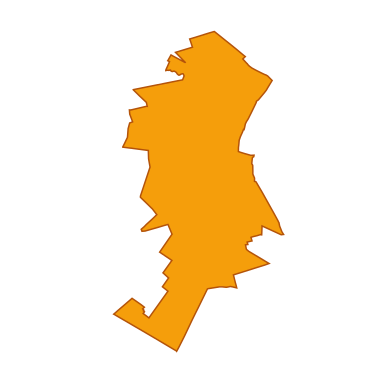 the district of Socodor, Arad, Romania, rotated 350°
{"feature_id": "2599482B92600377447985", "entity_name": "Socodor", "entity_type": "district", "adm_level": 2, "iso_a3": "ROU", "parent_name": "Romania", "parent_adm1": "Arad", "projection": "albers", "projection_center": [21.428, 46.517], "detail": "fine", "context": "isolated", "style": "filled", "palette": "amber", "viewbox_px": 384, "rotation_deg": 350, "n_neighbors": 0, "source": "geoboundaries", "source_scale": "gbopen_adm2", "svg_char_len": 3086}
<svg xmlns="http://www.w3.org/2000/svg" viewBox="0 0 384 384"><g transform="rotate(350 192 192)"><path d="M149.2,346.2L150.2,345.0L151.7,343.1L153.0,341.4L159.5,332.7L165.4,324.4L169.8,318.2L174.4,311.9L178.2,306.8L183.3,299.8L190.3,290.2L190.8,290.0L202.6,290.2L205.4,290.7L209.3,291.8L211.1,291.8L213.3,291.7L215.5,292.5L216.4,292.9L219.4,294.2L219.2,291.2L218.9,288.3L218.4,280.8L224.8,280.0L242.2,277.7L250.8,276.6L255.5,275.8L241.3,263.5L237.5,260.2L235.7,258.0L235.6,257.5L235.5,253.3L237.9,253.4L237.6,250.9L242.6,250.6L242.2,246.9L244.1,246.6L248.7,246.3L250.9,246.0L252.6,245.8L252.7,246.2L253.2,246.3L255.1,237.6L272.4,249.6L274.8,249.7L273.6,246.7L272.4,240.8L272.3,237.2L271.9,236.3L271.7,235.3L269.2,227.9L261.1,204.6L259.2,199.5L256.8,193.1L256.2,192.7L255.4,192.4L256.0,189.2L255.4,186.6L255.1,185.3L255.1,184.5L255.5,182.3L256.4,176.6L256.3,175.8L255.8,174.7L255.8,174.4L257.0,170.1L257.4,168.9L257.7,168.4L258.9,168.0L259.3,167.1L259.5,166.5L256.3,166.1L252.2,164.1L250.9,163.5L246.4,161.2L244.7,160.2L245.5,156.1L246.2,153.9L247.5,149.1L248.2,147.9L249.0,146.4L249.5,145.6L252.1,141.8L253.6,139.3L254.1,139.6L254.9,137.9L256.4,134.2L257.9,132.1L260.1,129.7L262.0,127.1L263.8,124.7L267.0,120.3L270.8,115.0L271.1,114.0L271.4,113.7L273.4,112.8L280.5,106.8L283.1,104.4L284.3,102.9L289.4,97.1L290.3,96.1L289.6,95.1L288.0,92.8L286.7,90.9L285.2,89.6L284.4,89.2L283.2,88.4L281.4,87.1L278.7,85.1L275.9,83.0L273.5,81.1L272.4,80.2L271.1,78.8L270.2,77.9L270.1,77.6L269.4,76.7L268.6,75.1L268.4,75.0L265.1,69.8L265.2,69.7L265.6,69.5L266.2,69.1L268.0,67.9L266.9,66.7L260.0,58.5L242.3,38.3L241.8,37.8L236.2,38.4L219.7,40.5L216.3,40.9L216.6,42.6L217.6,49.5L200.0,51.6L207.8,63.1L207.6,63.2L195.1,53.4L191.3,58.1L190.9,58.5L192.5,59.7L189.8,63.8L187.8,66.7L187.3,67.6L187.3,67.9L188.0,67.8L188.4,67.8L188.8,67.8L189.6,68.0L190.4,68.2L190.8,68.2L191.3,68.1L191.7,68.2L192.0,68.2L192.3,69.2L192.8,69.6L193.1,69.8L193.8,70.0L194.7,69.8L195.4,69.9L196.3,70.5L196.8,71.0L197.3,71.6L198.0,73.2L198.7,74.1L199.2,74.6L200.1,74.7L200.6,74.5L201.7,74.0L203.1,73.9L203.6,74.0L203.9,74.3L204.4,76.3L202.2,79.9L192.0,80.1L173.7,80.5L152.1,81.0L151.9,81.1L157.0,88.3L162.6,95.8L162.8,99.9L161.9,99.7L156.6,100.0L151.4,100.3L145.9,100.6L144.6,100.3L144.4,102.4L144.2,104.5L145.7,112.6L145.3,112.7L142.6,113.2L140.9,116.8L140.1,118.5L138.2,126.0L137.8,127.2L136.1,129.5L133.9,132.6L131.6,135.7L131.6,135.8L136.4,137.3L138.3,137.9L140.2,138.4L141.3,138.8L141.9,139.0L145.1,140.0L148.9,141.2L156.2,143.5L155.0,151.8L155.0,160.2L140.5,187.1L140.3,188.3L146.4,196.7L149.3,200.8L150.0,201.7L153.4,208.2L148.7,211.4L141.3,216.1L139.0,217.8L135.5,219.9L135.9,222.0L139.1,222.3L144.8,221.7L152.5,220.9L158.4,220.2L162.7,219.8L165.0,230.1L149.7,245.6L160.3,255.9L149.4,266.6L154.0,272.6L146.4,280.2L151.1,285.5L127.7,308.5L122.8,303.2L124.4,301.7L123.5,300.6L124.1,300.0L123.1,298.5L125.1,297.2L122.3,294.1L114.5,286.3L109.8,289.1L104.1,292.5L101.0,294.3L99.7,295.1L98.3,295.9L96.1,297.3L93.7,298.7L124.2,324.5L124.8,325.0L149.0,345.8L149.2,346.2Z" fill="#f59e0b" stroke="#b45309" stroke-width="1.5"/></g></svg>